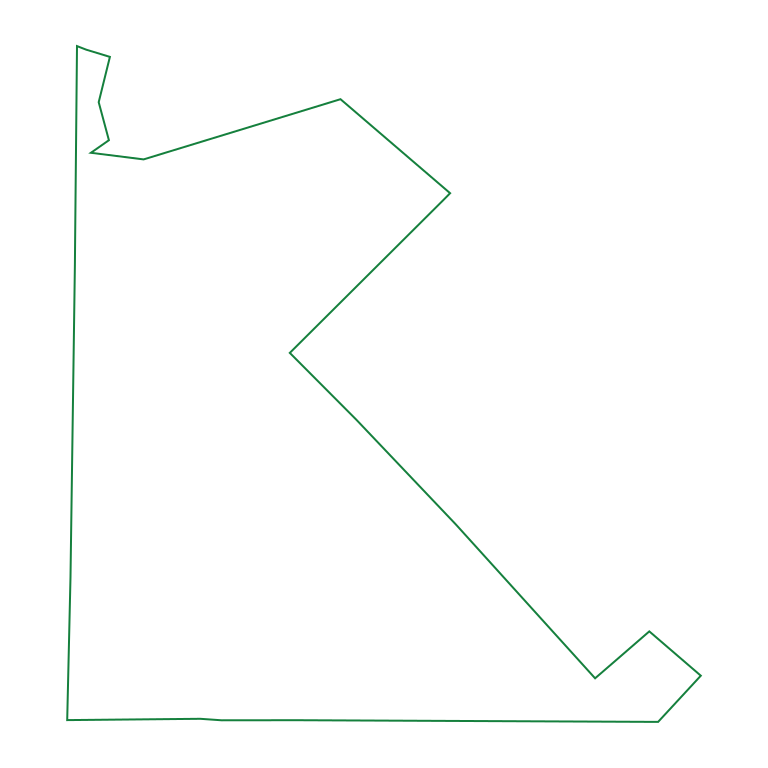 outline of St. Francois, Missouri, United States of America
{"feature_id": "52423323B29286377635453", "entity_name": "St. Francois", "entity_type": "district", "adm_level": 2, "iso_a3": "USA", "parent_name": "United States of America", "parent_adm1": "Missouri", "projection": "equal_earth", "projection_center": [-90.477, 37.859], "detail": "fine", "context": "isolated", "style": "outline", "palette": "green", "viewbox_px": 768, "rotation_deg": 0, "n_neighbors": 0, "source": "geoboundaries", "source_scale": "gbopen_adm2", "svg_char_len": 414}
<svg xmlns="http://www.w3.org/2000/svg" viewBox="0 0 768 768"><path d="M70.5,576.9L67.2,720.1L200.3,718.8L221.8,720.3L296.3,720.2L658.1,721.9L700.8,675.7L649.3,631.4L595.1,678.3L455.8,524.4L356.5,419.9L289.8,352.9L443.6,199.8L450.1,193.2L340.5,99.2L143.6,159.4L90.9,152.8L108.9,140.2L98.7,102.2L109.9,56.9L86.3,49.7L77.0,46.1L75.1,242.4L74.9,264.6L70.5,576.9Z" fill="none" stroke="#15803d" stroke-width="2"/></svg>